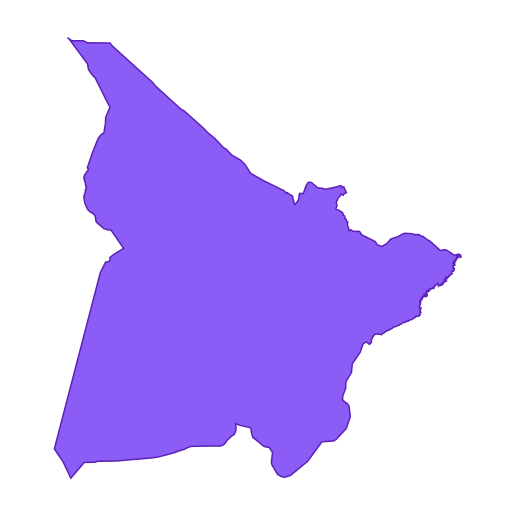 Chipata, Eastern, Zambia, rotated 89°
{"feature_id": "96606910B12043083212801", "entity_name": "Chipata", "entity_type": "district", "adm_level": 2, "iso_a3": "ZMB", "parent_name": "Zambia", "parent_adm1": "Eastern", "projection": "albers", "projection_center": [32.554, -13.744], "detail": "fine", "context": "isolated", "style": "filled", "palette": "violet", "viewbox_px": 512, "rotation_deg": 89, "n_neighbors": 0, "source": "geoboundaries", "source_scale": "gbopen_adm2", "svg_char_len": 5897}
<svg xmlns="http://www.w3.org/2000/svg" viewBox="0 0 512 512"><g transform="rotate(89 256 256)"><path d="M269.4,411.8L445.4,461.0L458.3,452.5L474.9,445.0L459.4,431.3L459.4,421.1L458.5,417.7L458.5,398.9L456.0,363.3L455.3,357.5L451.1,340.4L450.2,338.5L447.8,330.6L446.3,327.5L445.2,324.2L445.2,305.5L445.3,296.6L445.5,296.4L445.0,293.1L443.1,290.4L440.1,288.4L436.5,284.6L433.8,280.8L430.6,279.3L427.8,278.9L423.3,279.2L424.7,276.0L427.7,264.1L432.1,263.7L437.5,262.3L439.3,259.8L446.3,251.7L447.2,249.2L447.4,246.7L447.7,246.1L452.7,242.9L462.5,244.2L464.9,243.8L474.7,238.3L477.1,234.2L477.7,231.0L476.1,225.5L462.2,208.0L442.9,193.3L442.3,181.7L440.9,179.2L430.1,168.8L418.3,164.5L407.6,165.6L405.1,167.4L401.7,171.9L397.5,171.7L389.7,168.6L383.9,168.4L383.0,168.1L374.1,162.6L365.5,161.6L354.0,153.5L346.2,150.7L344.1,148.1L343.9,147.1L346.3,144.1L345.9,143.5L344.4,142.2L342.2,142.2L338.5,140.4L337.8,139.6L336.9,139.1L336.4,138.5L336.1,136.6L336.3,134.7L336.4,133.3L336.9,131.8L336.1,131.3L335.1,129.3L333.7,127.7L333.5,127.0L333.0,126.8L332.4,124.1L331.6,123.4L331.0,121.4L329.7,119.9L327.7,114.0L327.2,113.6L326.6,112.7L326.5,111.7L325.8,111.2L324.8,109.4L325.0,108.2L323.8,106.4L323.9,105.2L323.8,104.8L323.4,104.9L322.9,104.1L322.3,101.5L321.0,99.3L320.7,99.3L320.3,98.4L319.7,98.2L319.8,97.7L319.4,97.7L319.0,96.7L319.3,96.1L318.9,95.3L319.0,94.3L318.5,93.7L317.4,93.2L317.4,92.9L316.1,93.0L315.9,92.5L315.5,92.4L315.2,92.9L314.6,93.1L314.6,92.5L314.1,92.9L313.4,92.7L312.8,92.9L312.5,92.6L312.6,92.4L311.1,92.1L310.8,92.6L311.0,92.7L310.7,93.0L310.5,92.8L310.5,93.1L310.2,93.4L310.5,93.6L309.7,93.8L308.6,93.5L307.8,92.6L306.8,92.7L305.8,92.3L305.6,93.0L304.3,93.1L303.9,92.9L304.2,92.3L303.4,92.3L303.6,92.0L302.8,91.7L302.9,91.4L301.9,90.5L301.1,91.0L301.1,91.6L300.7,91.5L300.4,91.0L300.6,90.7L300.3,89.9L299.8,90.2L299.5,89.5L299.3,89.8L298.9,89.5L299.0,89.1L298.5,89.1L297.8,88.6L298.3,88.4L298.3,88.1L298.0,88.2L298.3,87.7L298.9,88.0L299.4,87.8L299.7,87.0L298.7,85.5L298.0,85.5L298.0,85.9L297.7,86.2L297.4,86.1L297.4,86.8L296.7,87.1L296.5,86.6L296.2,86.8L296.0,86.5L296.6,85.9L296.1,85.8L296.1,86.2L295.5,86.0L294.4,85.8L294.2,86.1L293.9,85.9L293.7,85.7L294.1,85.4L294.3,84.5L294.1,84.3L293.5,84.4L293.3,84.0L293.7,84.0L293.4,83.8L293.5,83.6L293.2,83.7L293.0,83.3L292.7,83.4L292.1,83.1L292.5,82.5L292.2,81.7L291.8,82.0L291.6,81.1L291.3,81.0L291.1,80.3L291.4,80.1L291.2,79.7L291.5,79.2L291.4,78.7L290.8,78.5L290.7,79.1L290.4,79.0L288.7,77.8L288.9,77.4L288.4,77.3L288.4,76.8L287.6,76.2L287.1,75.0L286.4,74.7L286.6,74.4L287.5,74.7L287.6,74.3L288.3,74.4L288.4,74.2L289.2,74.1L288.8,73.7L288.8,72.5L288.6,72.2L287.9,71.9L288.4,71.4L288.0,71.0L288.2,70.6L288.0,70.0L287.1,70.1L287.1,70.6L286.8,70.6L286.6,69.2L285.4,69.3L285.7,68.7L285.1,68.4L285.1,67.5L284.6,67.7L284.4,66.7L284.0,66.7L284.0,66.2L283.3,66.7L283.6,67.0L283.2,68.0L282.5,67.4L282.6,66.8L282.2,66.6L282.2,66.3L281.7,66.5L281.7,66.9L281.2,66.8L281.3,66.3L280.8,66.5L280.4,66.4L280.7,65.9L281.6,65.3L280.8,64.8L280.9,64.5L280.1,63.6L278.9,63.6L279.0,62.5L278.0,61.8L277.0,60.1L276.3,60.6L274.5,60.5L274.7,59.7L274.3,58.4L272.0,57.9L271.2,59.4L270.7,59.3L270.4,58.8L270.0,59.1L269.6,58.9L269.2,59.1L268.7,57.4L268.3,57.3L267.7,57.7L267.8,57.9L267.6,58.1L266.6,57.6L266.5,58.0L266.8,58.2L266.7,59.1L265.2,58.5L265.0,58.0L265.2,57.5L264.7,57.8L264.0,57.2L263.8,56.9L264.1,56.6L263.7,56.1L263.1,56.6L262.5,55.9L262.7,55.5L261.5,55.1L261.4,55.5L260.8,55.0L260.9,54.6L260.6,54.9L260.4,54.5L260.2,54.6L260.2,55.0L259.8,54.8L259.4,55.0L259.1,54.6L258.9,54.6L258.7,54.0L258.8,53.7L259.8,53.8L259.8,53.2L260.8,51.8L260.6,51.0L258.6,51.4L257.6,53.5L258.6,57.0L258.6,57.7L253.2,65.8L253.0,68.5L253.8,70.4L253.6,71.7L243.6,82.4L243.5,83.4L239.3,88.8L238.6,91.6L237.6,92.2L237.3,92.9L237.5,94.2L237.2,95.9L237.8,96.7L236.9,98.1L236.5,99.3L235.9,106.2L236.1,107.6L236.7,109.4L238.9,113.3L241.4,121.0L245.6,124.7L248.7,130.0L246.7,134.9L243.7,136.4L236.7,149.8L233.2,152.1L233.0,158.6L231.5,160.5L232.4,162.6L230.2,162.8L226.8,164.0L225.3,164.0L223.7,163.6L223.2,164.6L221.4,165.0L220.6,165.5L220.0,166.5L217.5,166.6L217.1,167.8L214.7,168.4L213.6,169.3L211.6,172.6L210.9,174.7L210.2,175.4L209.6,175.4L208.4,174.5L207.4,174.2L203.8,174.7L202.4,174.4L201.7,173.6L200.2,173.5L200.0,173.1L198.8,172.3L197.9,171.1L195.5,170.0L196.8,167.8L195.1,166.5L194.3,164.5L188.4,167.0L189.0,169.1L187.4,169.4L187.1,169.8L189.1,178.2L190.5,185.4L189.5,188.2L188.9,193.2L183.5,199.2L183.2,200.6L183.2,202.4L186.0,204.5L194.3,207.6L194.3,210.1L194.0,210.9L195.0,211.7L199.2,212.2L200.6,212.7L202.1,213.5L205.3,216.2L204.5,216.6L199.8,218.0L197.7,218.1L195.9,219.2L196.0,219.9L195.8,220.2L194.2,222.2L193.9,222.8L193.1,223.6L193.1,224.2L193.7,224.8L191.3,226.7L181.4,246.0L174.6,257.7L173.0,260.0L164.0,265.6L159.8,269.9L154.8,278.3L148.6,284.1L147.1,286.6L137.8,295.1L131.8,302.1L126.9,306.7L110.2,324.7L107.9,328.3L106.8,329.7L87.6,350.0L83.7,354.1L80.8,356.2L43.7,395.8L42.2,397.1L40.5,398.0L39.9,420.7L37.8,424.8L37.6,434.8L37.2,437.0L34.3,440.7L36.1,438.8L61.0,421.1L66.5,420.3L70.0,418.1L73.8,415.1L74.4,414.0L100.8,401.5L104.6,399.4L114.8,403.9L121.6,404.3L124.6,405.0L130.0,405.8L131.7,408.4L134.7,411.1L136.2,412.0L150.3,417.9L164.8,423.1L166.0,422.2L166.7,422.4L167.0,422.2L167.2,422.6L167.8,422.7L169.0,423.9L170.3,424.6L170.5,425.0L171.3,425.0L171.8,425.8L174.6,426.8L175.6,426.6L175.9,426.1L176.3,426.3L177.5,425.9L178.0,426.2L179.2,425.4L181.1,425.4L181.4,425.1L182.6,425.0L183.0,424.7L183.6,424.8L184.4,424.4L184.7,424.8L186.1,424.5L186.6,425.1L187.1,425.2L187.2,425.6L188.5,425.4L189.8,425.6L191.0,426.4L192.0,426.4L192.3,426.7L193.6,427.1L198.5,426.5L201.2,425.8L206.7,423.4L208.8,421.2L211.7,417.0L213.6,416.0L217.9,415.5L219.5,414.9L225.8,407.8L227.1,404.4L227.7,400.4L246.1,388.2L251.2,397.0L254.5,401.6L255.4,402.2L257.2,402.0L258.5,402.6L259.5,405.6L259.4,406.4L269.4,411.8Z" fill="#8b5cf6" stroke="#5b21b6" stroke-width="1.5"/></g></svg>